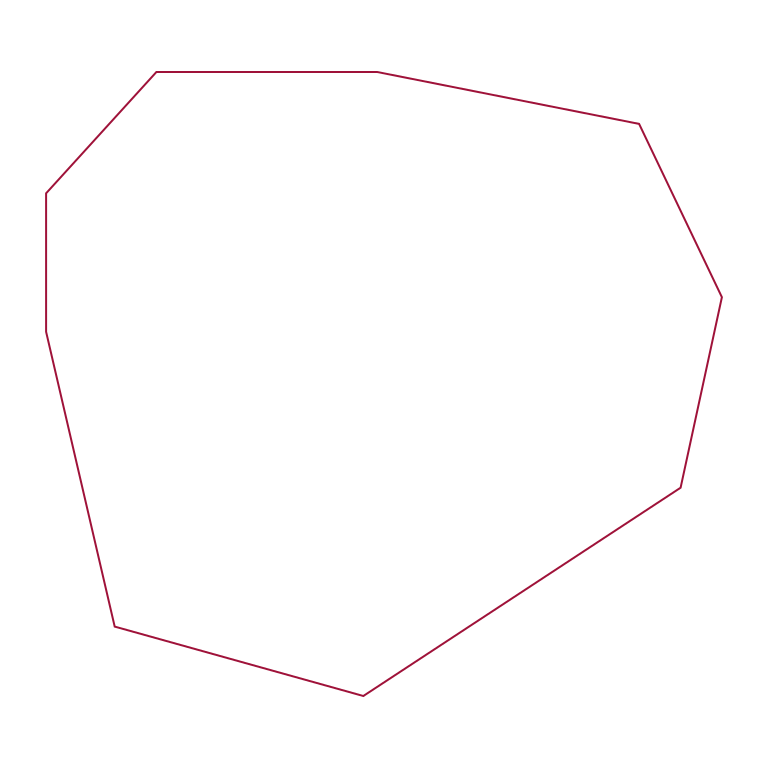 Leicester, Equal Earth projection
{"feature_id": "GBR-2761", "entity_name": "Leicester", "entity_type": "Unitary Authority", "adm_level": 1, "iso_a3": "GBR", "parent_name": "United Kingdom", "parent_adm1": "", "projection": "equal_earth", "projection_center": [-1.124, 52.611], "detail": "fine", "context": "isolated", "style": "outline", "palette": "rose", "viewbox_px": 768, "rotation_deg": 0, "n_neighbors": 0, "source": "natural_earth", "source_scale": "10m", "svg_char_len": 242}
<svg xmlns="http://www.w3.org/2000/svg" viewBox="0 0 768 768"><path d="M377.1,72.0L639.1,123.9L721.9,297.2L680.6,487.7L363.3,696.0L114.7,626.6L46.1,331.8L46.1,193.3L156.4,72.0L377.1,72.0Z" fill="none" stroke="#9f1239" stroke-width="2"/></svg>